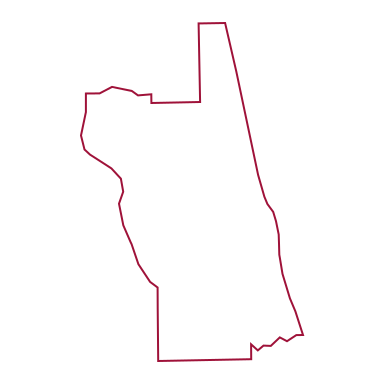 St. Johns, Florida, United States of America (orthographic projection)
{"feature_id": "52423323B76675634203570", "entity_name": "St. Johns", "entity_type": "district", "adm_level": 2, "iso_a3": "USA", "parent_name": "United States of America", "parent_adm1": "Florida", "projection": "orthographic", "projection_center": [-81.441, 29.938], "detail": "fine", "context": "isolated", "style": "outline", "palette": "rose", "viewbox_px": 384, "rotation_deg": 0, "n_neighbors": 0, "source": "geoboundaries", "source_scale": "gbopen_adm2", "svg_char_len": 721}
<svg xmlns="http://www.w3.org/2000/svg" viewBox="0 0 384 384"><path d="M85.9,93.5L85.9,112.1L81.0,135.5L84.5,149.5L90.0,154.6L111.4,168.4L120.9,178.7L123.2,191.7L119.0,203.7L123.3,225.3L130.5,241.9L131.6,244.2L138.4,264.2L150.1,281.9L157.6,287.5L157.7,307.8L158.2,361.0L251.2,359.2L251.1,344.3L257.8,350.4L263.5,345.6L270.8,345.9L279.8,337.4L287.0,341.2L296.3,335.1L303.0,335.0L295.4,311.4L289.9,298.3L282.5,273.9L279.9,258.1L279.4,255.3L279.3,254.7L279.0,243.5L278.7,234.5L276.0,221.2L273.2,211.9L267.4,204.0L264.4,196.8L258.1,174.9L236.3,71.5L225.1,23.0L201.5,23.4L198.6,23.4L200.1,102.0L151.4,103.0L151.3,94.3L138.0,95.4L131.9,91.0L112.0,86.9L99.6,93.4L85.9,93.5Z" fill="none" stroke="#9f1239" stroke-width="2"/></svg>